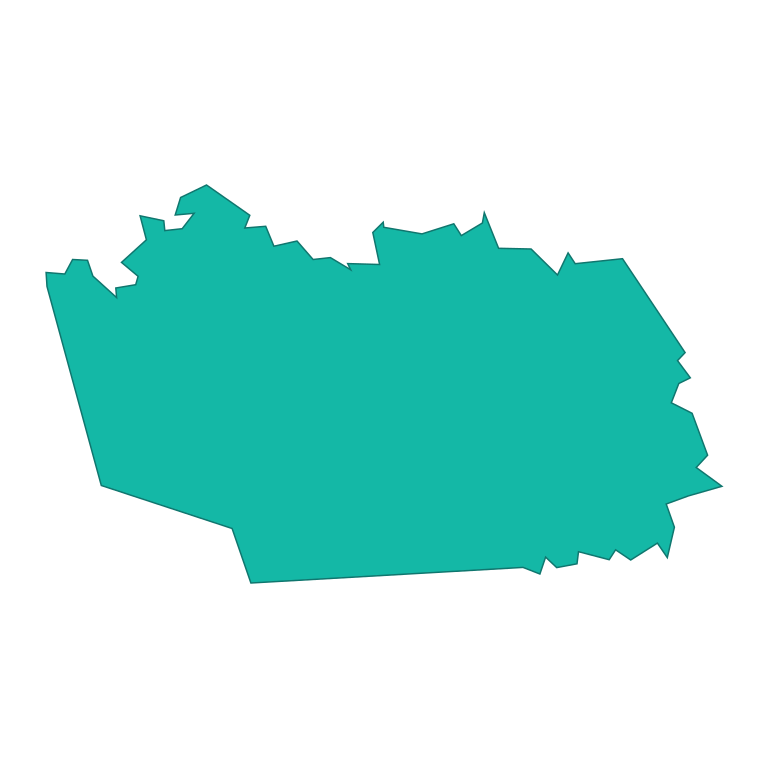 outline of Grayson, Kentucky, United States of America
{"feature_id": "52423323B38332409828976", "entity_name": "Grayson", "entity_type": "district", "adm_level": 2, "iso_a3": "USA", "parent_name": "United States of America", "parent_adm1": "Kentucky", "projection": "mercator", "projection_center": [-86.327, 37.472], "detail": "fine", "context": "isolated", "style": "filled", "palette": "teal", "viewbox_px": 768, "rotation_deg": 0, "n_neighbors": 0, "source": "geoboundaries", "source_scale": "gbopen_adm2", "svg_char_len": 978}
<svg xmlns="http://www.w3.org/2000/svg" viewBox="0 0 768 768"><path d="M577.0,563.8L578.5,551.7L609.2,559.7L615.6,549.8L630.7,560.0L657.4,543.1L667.3,557.6L674.4,527.2L666.2,504.0L688.4,495.9L721.9,486.3L696.2,467.5L707.6,455.2L692.1,413.3L671.3,402.8L678.8,383.5L690.3,377.8L677.5,360.6L685.1,352.6L622.5,258.7L575.2,263.7L568.1,252.9L557.5,275.0L531.1,249.0L498.6,248.3L484.3,212.7L482.4,223.0L461.3,235.6L453.8,223.8L422.0,233.9L383.8,227.3L383.2,222.2L372.8,232.5L379.6,264.5L347.7,263.6L350.7,269.8L330.4,257.6L313.1,259.5L297.0,241.0L273.9,246.2L265.7,226.3L244.8,228.0L249.8,215.3L206.5,185.0L180.6,197.5L175.2,215.0L194.1,213.3L182.2,228.7L164.8,230.6L163.8,220.8L140.1,215.8L146.4,239.8L121.5,262.4L138.1,276.3L135.7,284.7L115.8,288.0L116.6,297.6L92.9,276.1L87.5,260.3L72.6,259.5L64.8,274.0L46.1,272.5L47.0,286.5L101.3,485.5L232.1,528.5L250.9,583.0L523.0,567.4L539.9,574.0L545.6,557.1L556.7,567.6L577.0,563.8Z" fill="#14b8a6" stroke="#0f766e" stroke-width="1.5"/></svg>